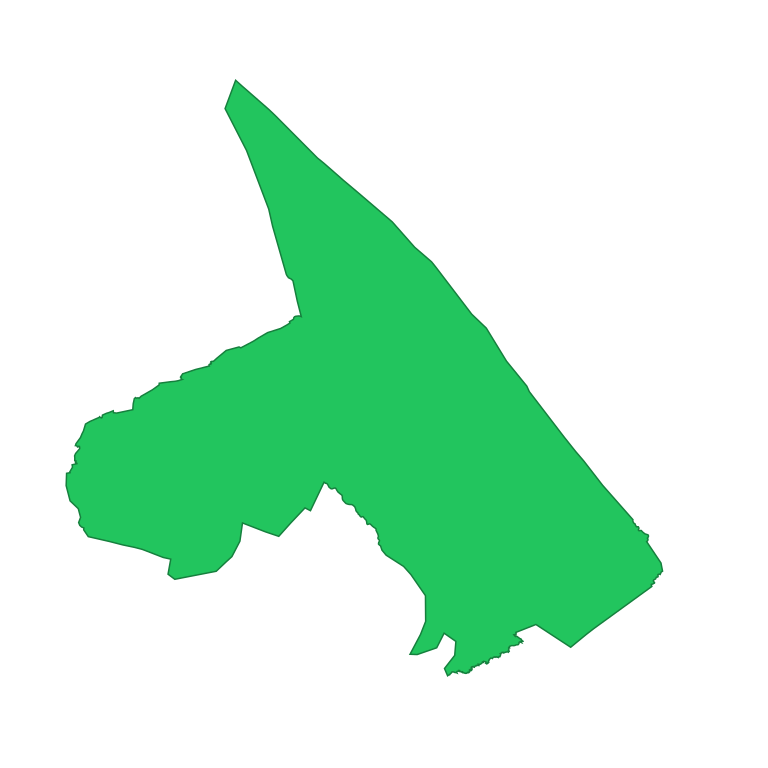 Quirino, Quirino, Philippines, rotated 278°
{"feature_id": "2640588B94420346402626", "entity_name": "Quirino", "entity_type": "district", "adm_level": 2, "iso_a3": "PHL", "parent_name": "Philippines", "parent_adm1": "Quirino", "projection": "natural_earth1", "projection_center": [121.392, 16.285], "detail": "fine", "context": "isolated", "style": "filled", "palette": "green", "viewbox_px": 768, "rotation_deg": 278, "n_neighbors": 0, "source": "geoboundaries", "source_scale": "gbopen_adm2", "svg_char_len": 6071}
<svg xmlns="http://www.w3.org/2000/svg" viewBox="0 0 768 768"><g transform="rotate(278 384 384)"><path d="M664.1,194.8L634.6,188.3L596.1,215.4L541.2,245.5L524.8,251.7L479.0,272.0L477.6,273.0L476.8,273.9L476.0,274.5L474.9,277.7L473.5,279.5L454.0,286.6L439.2,292.7L439.4,291.9L439.6,290.4L438.8,287.2L438.1,286.0L436.9,285.4L435.9,285.4L435.4,285.3L432.6,281.7L431.3,282.4L428.7,279.3L424.6,273.9L418.7,261.6L412.1,253.2L408.2,248.7L399.9,237.2L400.5,235.3L395.3,223.1L386.4,215.0L382.7,211.9L382.5,210.4L382.0,209.5L380.9,210.1L380.7,209.7L380.8,209.5L380.7,209.4L380.4,209.7L380.2,209.3L379.9,209.3L379.9,209.7L379.5,209.7L379.7,209.1L379.2,208.7L378.9,208.1L378.0,208.1L377.5,208.5L372.2,195.5L366.1,183.2L362.5,181.5L362.1,181.9L362.2,182.2L361.8,182.1L361.6,182.4L361.0,182.4L360.6,182.7L360.4,183.5L358.6,179.7L357.6,176.7L356.7,172.9L353.5,161.3L351.7,161.4L345.9,155.3L338.1,145.2L335.7,143.4L336.1,142.7L335.9,141.7L335.5,141.0L335.7,140.7L335.7,140.0L335.9,139.7L335.4,139.4L334.8,138.8L329.5,138.4L323.6,138.8L318.0,123.3L317.9,120.1L319.8,119.6L317.5,115.7L316.4,113.3L314.0,109.5L311.5,109.5L311.1,108.9L311.1,108.6L311.4,108.5L311.6,107.2L311.9,106.9L311.3,106.6L306.0,98.0L302.8,94.0L295.6,92.9L292.7,91.9L288.8,90.9L282.0,87.3L280.1,87.0L280.2,87.7L280.0,88.3L279.6,88.8L279.3,88.9L278.9,89.5L279.0,89.7L279.7,90.1L279.9,90.6L279.8,91.1L278.3,91.6L277.5,91.6L272.3,88.3L269.8,87.6L267.8,88.1L265.1,88.4L264.9,88.6L265.0,89.6L264.2,89.8L264.1,89.4L263.9,89.4L263.8,89.7L263.2,89.5L262.9,89.9L262.8,90.8L262.4,91.0L260.6,86.4L258.2,87.1L253.3,85.1L252.5,85.5L251.4,82.1L239.1,83.4L224.6,89.4L218.0,98.6L209.7,102.1L204.3,100.9L201.7,102.4L200.3,104.4L199.7,106.8L197.8,106.9L191.7,112.4L189.8,134.4L188.3,147.8L187.5,159.8L186.6,167.6L181.5,189.5L180.9,197.2L165.6,196.6L161.5,204.0L175.2,243.9L186.1,252.6L191.9,257.4L208.3,263.2L226.7,263.2L221.1,287.2L218.5,301.0L233.7,311.2L250.3,323.0L248.3,328.8L278.4,338.3L277.6,339.8L277.5,341.1L277.1,341.8L276.1,342.6L274.2,343.9L272.9,346.1L272.9,347.1L274.1,349.5L274.1,350.5L273.7,351.0L272.2,352.1L270.6,353.5L269.3,355.6L268.1,357.7L267.3,358.2L264.4,358.8L263.6,359.2L262.9,359.8L260.7,362.5L260.3,363.2L259.9,365.4L259.9,366.8L260.1,368.8L259.9,369.7L258.5,371.9L258.2,372.2L256.5,373.2L254.6,373.9L253.6,374.8L252.9,375.9L251.5,376.7L251.0,377.8L250.2,378.3L249.2,379.6L249.1,379.9L249.2,380.3L249.6,380.9L249.7,381.8L247.6,384.0L246.9,385.0L246.3,385.5L245.0,386.0L243.2,386.5L242.7,387.0L242.6,387.3L243.5,389.1L243.5,389.6L242.7,390.9L241.6,392.3L240.6,394.1L239.7,396.0L238.9,396.4L238.0,396.5L234.7,398.7L233.2,399.4L232.2,399.7L231.2,399.4L230.3,399.5L229.9,399.7L228.8,401.0L228.4,401.3L227.6,401.3L226.4,400.8L224.8,400.8L224.0,401.7L223.2,403.1L219.2,405.1L214.8,409.9L206.1,428.8L199.1,437.1L180.2,454.5L154.7,458.3L141.0,455.0L120.0,447.4L120.7,454.5L130.1,472.9L145.6,478.2L139.1,491.0L125.1,491.8L110.7,483.5L103.9,487.6L104.1,487.8L104.4,487.8L105.2,489.5L105.8,489.7L107.4,491.0L108.4,491.5L108.5,492.0L108.4,492.6L108.6,493.1L108.1,494.5L108.3,495.5L108.0,496.5L108.8,496.0L109.4,496.2L110.2,497.6L109.9,498.0L110.0,498.3L110.7,498.0L110.8,498.8L109.7,499.3L109.8,500.1L109.5,501.1L109.9,501.1L110.0,501.7L109.1,502.0L109.2,502.4L109.4,502.5L109.2,503.2L108.9,503.5L108.9,504.0L109.0,504.3L108.8,504.9L109.0,505.9L109.4,506.5L109.7,506.6L109.8,507.8L110.0,508.1L110.4,507.8L110.5,508.4L110.9,508.8L111.4,508.9L111.8,508.6L112.7,508.5L112.6,508.8L112.3,509.0L112.1,509.5L112.5,510.5L113.5,510.8L113.5,509.8L113.7,509.6L114.5,510.7L115.2,510.6L115.7,509.9L116.2,510.4L116.3,510.9L116.7,511.6L116.2,512.1L116.1,512.9L116.8,513.1L117.3,513.5L117.5,514.1L117.9,514.2L117.9,515.0L118.3,515.1L118.5,515.4L118.4,517.2L118.6,517.2L119.6,516.5L119.6,517.3L119.8,518.2L120.8,519.5L121.8,520.2L122.3,520.2L122.2,521.0L122.8,520.8L123.0,521.2L123.3,521.4L123.1,522.0L123.1,523.0L122.9,523.8L122.3,523.9L121.7,523.5L121.1,524.7L122.0,525.8L122.3,526.0L122.7,525.8L123.0,526.4L123.4,526.1L124.3,526.3L124.9,526.1L125.4,526.7L125.9,526.7L127.4,527.8L127.5,528.9L127.2,529.5L128.7,530.4L128.8,531.2L129.1,531.4L129.0,531.8L129.2,532.0L129.0,532.6L129.4,533.0L129.3,533.4L129.5,533.7L129.2,534.1L129.3,534.5L129.1,535.3L129.6,535.3L130.0,536.5L130.3,536.4L130.4,536.8L132.1,537.2L132.7,537.1L133.2,536.7L133.4,537.4L133.8,537.5L134.7,538.3L134.8,538.8L134.2,539.5L134.4,539.9L134.8,540.0L134.6,540.5L135.0,540.9L135.1,541.4L135.4,541.7L135.4,542.2L135.7,542.5L135.9,543.1L136.0,543.3L135.9,544.0L135.6,544.4L135.7,544.5L136.0,544.5L136.7,545.2L137.7,544.6L137.7,544.3L139.0,544.6L139.9,544.1L140.4,544.3L140.4,544.9L140.8,544.6L141.7,544.9L142.7,546.7L143.0,549.1L143.3,550.0L143.8,550.8L144.2,551.7L144.3,552.4L144.6,553.2L145.8,553.8L146.7,553.7L147.4,554.0L147.5,554.6L147.1,556.1L147.8,555.5L148.4,555.6L148.6,555.9L148.4,557.1L148.5,557.4L148.8,557.2L149.1,556.3L150.1,555.6L150.6,555.1L150.9,553.7L151.4,553.0L151.8,552.0L152.2,551.6L152.5,550.8L152.6,550.0L152.2,549.3L153.8,547.5L154.0,548.0L154.1,549.5L154.7,549.6L155.0,549.4L155.7,549.5L156.4,549.2L167.0,567.9L149.3,605.5L164.2,619.2L171.0,625.8L220.8,677.4L221.5,676.9L222.1,676.9L222.4,676.6L222.8,676.6L223.3,677.9L223.7,678.5L224.2,678.8L224.4,679.5L224.8,679.6L225.2,679.4L225.8,678.6L226.3,678.2L227.0,678.1L227.5,678.4L228.8,680.1L230.5,680.5L230.8,681.2L230.9,681.8L231.3,682.2L232.7,682.0L233.1,681.7L233.5,681.9L233.9,682.6L234.1,683.6L233.9,684.0L236.4,684.7L237.4,685.9L245.3,683.2L264.5,666.0L265.2,666.7L266.3,667.1L267.3,666.9L267.6,666.4L268.1,666.3L268.7,666.7L269.8,667.1L270.8,666.9L271.4,666.4L271.9,663.3L273.5,660.6L274.7,659.2L274.7,658.6L274.3,657.7L274.2,656.9L274.8,656.2L275.4,656.2L276.0,656.6L277.2,656.3L278.0,655.7L277.8,653.8L279.2,652.7L280.5,652.0L280.8,651.0L281.5,650.3L283.0,649.4L284.3,649.4L314.2,614.5L335.7,592.4L343.8,583.2L356.1,570.2L396.6,529.0L401.8,525.7L423.7,502.1L453.6,477.5L465.3,461.2L506.9,419.1L511.6,414.1L523.7,395.3L545.7,369.6L570.5,330.7L579.9,315.7L594.1,294.0L598.5,286.7L634.8,238.8L639.8,231.8L659.4,201.8L664.1,194.8Z" fill="#22c55e" stroke="#15803d" stroke-width="1.5"/></g></svg>